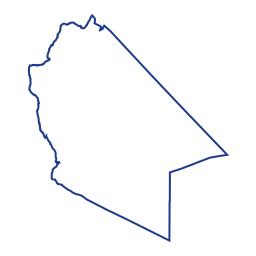 West Kwara'ae, Malaita, Solomon Islands (Equal Earth projection)
{"feature_id": "97153195B25231511740038", "entity_name": "West Kwara'ae", "entity_type": "district", "adm_level": 2, "iso_a3": "SLB", "parent_name": "Solomon Islands", "parent_adm1": "Malaita", "projection": "equal_earth", "projection_center": [160.683, -8.662], "detail": "fine", "context": "isolated", "style": "outline", "palette": "blue", "viewbox_px": 256, "rotation_deg": 0, "n_neighbors": 0, "source": "geoboundaries", "source_scale": "gbopen_adm2", "svg_char_len": 5219}
<svg xmlns="http://www.w3.org/2000/svg" viewBox="0 0 256 256"><path d="M92.3,15.4L92.0,15.4L91.2,16.8L90.7,17.4L89.6,20.1L88.1,22.3L87.7,23.4L87.3,23.9L87.1,24.8L86.4,25.3L86.0,26.0L84.9,27.5L84.5,27.9L83.7,28.2L83.1,28.3L82.4,28.1L82.1,28.1L81.3,27.9L81.1,27.7L80.9,27.2L81.0,26.8L81.2,27.1L81.3,27.0L81.3,26.6L81.0,26.4L80.6,26.3L80.2,26.4L79.9,26.3L79.7,26.1L79.2,26.0L78.9,26.1L78.2,25.7L77.4,25.3L76.8,24.7L75.7,24.1L75.4,23.9L75.2,23.9L74.7,23.7L74.4,23.3L74.3,23.0L74.0,22.9L73.8,22.7L73.4,22.8L73.1,22.6L72.3,22.6L71.9,22.7L70.9,22.7L70.4,22.8L70.1,23.0L70.0,23.3L69.7,23.5L69.4,23.3L69.0,23.3L68.5,23.8L68.3,24.1L68.0,24.2L67.9,24.4L67.1,24.7L66.7,24.6L66.6,24.4L66.2,24.4L65.1,23.8L64.6,23.7L63.6,23.7L62.8,24.1L62.3,24.3L61.8,24.8L61.6,24.8L61.4,25.0L61.2,25.6L60.9,25.7L60.9,26.0L60.7,26.2L60.5,26.8L60.6,27.7L60.5,28.4L60.3,28.9L60.4,29.3L60.2,29.9L60.2,30.3L60.1,30.6L59.9,31.0L59.8,31.4L59.7,31.5L59.3,32.3L59.2,32.5L58.9,32.9L58.6,33.4L58.3,33.8L58.0,33.8L57.9,34.3L57.5,34.9L57.5,35.2L57.6,35.6L57.5,35.9L57.6,36.0L57.4,36.4L57.7,36.8L56.7,38.6L56.0,39.6L55.9,40.0L55.7,40.2L55.5,40.6L55.3,40.8L55.1,40.8L54.9,41.0L54.5,41.2L54.3,41.4L54.1,41.6L53.7,42.3L53.4,42.7L53.3,43.2L53.4,43.4L53.4,43.7L53.1,44.0L53.0,44.5L52.7,45.2L52.2,45.5L52.0,45.4L51.9,45.1L51.6,45.3L51.4,45.2L51.3,45.4L51.1,45.5L50.8,45.9L50.6,46.8L50.1,47.4L50.1,47.6L49.9,48.0L49.7,48.2L49.5,48.8L49.2,49.0L49.1,49.3L49.0,49.5L49.1,49.8L49.1,50.0L49.1,50.6L49.0,51.2L48.9,51.4L48.7,51.5L48.7,51.9L48.5,52.0L48.3,52.5L48.0,53.4L48.0,53.8L47.8,54.2L47.7,54.8L47.4,56.0L47.4,56.7L47.6,57.1L47.6,57.6L47.9,57.7L48.3,58.3L48.6,58.4L48.7,58.8L48.9,59.0L49.4,58.7L49.6,58.8L49.4,59.9L49.0,60.3L48.8,60.2L47.9,60.4L47.6,60.7L47.0,61.0L46.7,60.9L46.5,61.1L46.3,61.3L45.9,61.6L45.6,61.8L45.4,61.8L45.2,61.9L45.1,62.2L44.9,62.3L44.4,62.7L44.3,63.0L44.0,63.4L44.0,63.5L43.8,63.8L43.4,63.8L43.3,64.1L43.1,64.1L42.6,64.3L42.4,64.3L42.3,64.5L42.2,64.7L41.8,64.6L41.1,64.7L40.6,64.9L40.3,64.9L40.1,65.0L39.9,64.9L39.4,65.1L38.8,65.1L38.7,65.3L38.1,65.5L37.7,65.4L37.6,65.1L37.3,65.2L37.0,65.2L36.8,65.4L36.6,65.2L36.0,65.0L35.4,65.1L35.1,65.1L34.9,65.2L34.7,65.0L34.2,65.1L34.0,64.9L33.6,65.0L33.3,64.9L32.5,65.0L32.0,65.4L31.5,65.4L31.2,65.4L30.7,65.8L30.2,65.9L30.0,65.7L29.9,66.0L29.7,66.2L29.5,66.4L29.5,66.7L29.3,66.8L29.3,67.1L29.0,67.3L29.0,67.7L29.1,67.9L29.0,68.7L28.9,69.0L28.8,69.6L29.0,69.8L28.9,70.7L28.8,71.0L28.9,71.5L29.0,71.8L29.0,72.8L29.2,73.6L29.1,73.9L29.2,74.1L29.2,74.5L29.4,74.8L29.3,75.4L29.5,75.7L29.8,75.7L29.9,75.9L30.1,76.6L30.2,77.8L30.0,78.2L30.2,78.6L30.4,78.7L30.6,79.8L30.4,80.8L30.4,81.5L30.5,82.2L30.7,82.7L30.6,83.4L30.5,83.7L30.5,83.9L30.4,84.6L30.2,84.9L30.2,85.6L29.9,86.4L29.7,86.6L29.6,87.1L29.4,87.7L29.5,87.9L29.4,88.1L29.5,88.7L29.4,89.3L29.5,89.4L29.5,89.9L29.8,90.0L30.1,90.8L30.4,91.1L30.7,91.9L31.5,92.7L31.8,93.0L32.2,93.4L32.6,93.9L33.9,94.8L34.1,94.8L34.4,94.7L34.8,94.7L35.1,95.0L34.9,95.4L35.1,95.5L35.3,95.3L35.7,95.6L36.5,96.8L37.4,97.8L37.7,98.0L37.8,98.2L37.9,98.9L38.1,99.5L38.1,100.5L38.2,101.0L38.3,101.3L38.5,101.6L38.5,102.2L39.0,103.4L38.9,103.5L38.4,103.6L38.2,103.8L38.1,104.1L38.5,106.2L38.4,107.3L38.2,108.0L38.1,108.8L37.9,109.1L37.8,109.5L37.6,109.9L37.2,110.2L37.0,110.5L37.0,110.9L37.2,111.2L37.2,112.1L37.4,112.7L37.5,113.9L37.6,114.9L38.1,116.7L38.3,117.2L38.5,118.0L38.5,118.6L38.7,119.5L38.8,121.9L39.0,122.8L39.0,123.3L39.1,123.6L39.2,123.1L39.4,123.1L40.0,126.0L40.0,128.0L40.2,128.5L40.3,128.8L40.1,129.1L40.1,129.4L40.2,129.9L40.3,129.9L40.5,129.8L40.7,130.4L41.6,131.4L41.3,131.4L41.3,131.6L41.7,132.0L42.1,132.3L42.5,132.9L43.4,133.5L43.5,134.6L43.9,135.1L44.2,136.1L44.5,136.8L44.9,137.2L44.9,137.5L45.0,137.6L45.1,137.2L45.3,137.0L46.0,137.1L46.1,136.8L46.0,136.5L46.2,136.2L46.2,136.6L46.7,137.1L47.3,138.5L47.6,138.9L47.8,139.5L48.2,140.2L48.4,140.8L48.7,141.2L48.9,141.3L49.2,141.8L49.3,141.8L49.5,141.9L50.2,142.7L50.3,143.0L50.1,143.2L50.3,144.1L50.7,144.3L50.8,144.6L51.2,145.1L51.7,146.0L52.1,147.4L52.4,147.8L52.7,148.4L53.8,149.3L53.9,149.5L54.4,150.1L54.8,150.8L55.3,151.8L55.6,153.0L55.7,153.6L55.6,155.7L55.7,157.1L55.8,157.5L56.2,158.2L56.2,158.5L56.2,159.1L55.9,160.9L55.7,161.4L55.8,161.7L56.2,162.0L56.4,162.0L56.6,162.2L56.6,162.6L56.9,162.7L57.0,162.9L57.3,162.8L57.3,162.4L57.4,162.2L58.0,161.9L58.3,161.9L58.9,162.0L59.2,162.3L59.3,162.6L59.2,162.6L59.1,162.4L58.8,162.5L58.6,162.8L58.4,162.5L58.1,162.3L57.7,162.3L57.7,162.5L58.1,163.1L58.1,163.5L57.3,164.6L56.3,166.5L55.8,167.0L54.4,167.8L53.4,168.9L52.9,169.2L52.7,169.6L52.6,169.8L52.7,170.5L52.6,171.8L52.2,172.7L52.1,172.9L51.8,173.2L51.7,173.5L51.8,176.5L51.8,176.9L51.6,177.5L51.6,177.8L51.8,178.4L52.1,179.1L54.2,179.7L54.7,179.5L55.0,179.5L55.9,181.0L56.2,181.2L56.5,181.7L56.8,182.9L57.0,183.1L57.5,183.3L57.8,183.5L57.8,183.9L58.5,184.1L60.1,184.3L61.2,184.7L61.8,184.7L62.3,185.1L62.4,185.7L67.8,189.5L71.3,191.3L72.3,192.3L76.1,194.1L79.4,194.8L82.0,195.9L86.7,199.4L106.9,209.8L127.9,219.9L169.4,240.6L169.6,201.5L169.8,201.4L169.9,172.4L181.5,168.6L209.8,157.7L218.2,156.2L227.2,154.8L177.8,103.2L149.1,72.8L110.3,31.0L104.2,25.7L102.5,29.1L100.1,30.1L100.3,28.9L101.2,27.0L99.6,25.8L94.5,23.3L94.8,22.0L95.0,18.9L92.3,15.4Z" fill="none" stroke="#1e3a8a" stroke-width="2"/></svg>